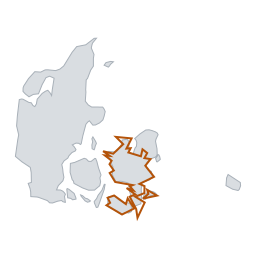 Sjaælland on a map of Denmark (orthographic projection)
{"feature_id": "DNK-3420", "entity_name": "Sjaælland", "entity_type": "Region", "adm_level": 1, "iso_a3": "DNK", "parent_name": "Denmark", "parent_adm1": "", "projection": "orthographic", "projection_center": [11.743, 55.283], "detail": "coarse", "context": "in_parent", "style": "outline", "palette": "amber", "viewbox_px": 256, "rotation_deg": 0, "n_neighbors": 0, "source": "natural_earth", "source_scale": "10m", "svg_char_len": 4146}
<svg xmlns="http://www.w3.org/2000/svg" viewBox="0 0 256 256"><path d="M65.4,202.3L65.0,202.3L62.9,201.7L61.5,200.5L57.6,201.2L52.5,203.0L49.6,202.8L47.4,200.6L38.4,197.3L36.9,197.0L30.8,196.6L30.7,192.0L30.1,188.6L28.2,183.4L31.4,182.4L31.2,172.6L30.3,167.4L21.9,161.8L15.4,156.4L17.8,139.5L18.7,134.9L16.6,125.9L17.4,115.7L19.3,99.6L21.5,99.0L23.0,99.2L28.8,102.4L31.3,102.8L32.9,105.5L34.8,106.6L36.4,103.9L37.2,99.2L42.2,93.4L45.5,91.2L47.8,90.3L50.0,92.8L51.6,95.6L52.3,89.6L54.1,78.2L49.7,76.2L46.0,77.6L42.1,84.7L38.5,93.8L33.3,94.4L29.0,96.8L25.3,93.9L23.0,91.4L23.1,87.9L23.8,85.9L28.5,78.6L34.8,71.7L40.7,72.1L45.1,69.9L47.7,69.8L55.7,70.6L59.9,69.1L63.7,66.0L72.1,52.3L76.7,46.6L85.8,44.8L94.2,38.3L96.5,38.2L92.5,43.1L91.9,45.1L91.3,48.0L94.0,54.5L93.4,58.4L93.4,66.1L90.7,70.1L87.5,78.5L86.2,79.8L85.7,89.7L85.9,92.1L85.3,101.2L88.3,105.0L91.6,107.0L102.7,107.1L103.9,108.7L105.2,111.5L104.1,116.3L102.9,119.9L99.6,122.9L95.4,125.0L92.8,125.1L89.4,120.8L87.7,122.1L85.9,124.3L82.8,135.9L81.2,143.8L80.4,144.5L78.8,143.3L76.0,143.1L72.3,144.9L74.1,146.6L76.0,149.6L75.2,151.0L72.0,152.5L69.0,155.7L67.8,158.1L64.1,160.8L61.8,164.4L62.7,168.9L63.1,172.9L63.9,177.3L62.9,180.8L58.3,185.6L56.5,189.9L60.4,190.0L62.7,191.1L64.1,192.4L65.4,194.2L64.5,196.5L65.4,202.3ZM157.0,148.8L157.2,154.4L156.4,156.1L155.2,157.2L152.0,158.4L149.2,160.0L146.8,162.9L145.9,166.9L147.9,169.9L151.4,171.4L152.4,177.1L149.5,179.9L142.0,182.7L141.2,189.4L141.5,194.7L141.4,198.5L140.8,203.8L134.6,206.2L130.7,198.2L130.7,194.9L129.5,191.2L129.3,187.9L127.9,182.8L122.1,181.4L119.9,181.2L116.8,182.1L116.0,181.8L112.3,174.7L113.0,166.9L111.1,163.0L110.8,161.2L110.9,159.3L109.3,157.6L107.3,156.8L106.4,152.4L108.7,151.4L114.2,151.9L115.9,151.6L117.4,150.7L121.9,143.6L121.8,142.0L122.2,140.0L127.1,139.2L129.3,142.0L128.8,146.4L129.1,152.1L132.0,153.7L133.2,153.9L134.4,149.7L135.3,147.6L136.4,146.5L136.8,142.7L136.1,140.3L134.7,138.6L140.1,133.8L145.8,130.0L149.1,129.8L152.4,130.7L155.5,131.9L157.2,133.0L158.1,134.7L156.1,138.9L155.5,141.2L157.0,148.8ZM95.7,158.6L96.9,161.6L98.5,167.9L101.0,175.0L99.9,177.9L100.6,181.7L99.8,185.6L94.5,190.1L88.6,190.2L82.5,187.9L74.0,183.4L73.4,181.0L72.2,179.7L70.1,172.3L70.4,163.4L74.7,162.4L84.2,158.3L86.3,159.0L88.5,161.3L91.1,161.4L94.9,158.4L95.7,158.6ZM118.3,199.5L124.1,203.0L128.0,202.8L130.6,204.3L131.3,206.5L131.5,211.5L128.7,213.0L125.6,212.5L121.4,214.4L107.7,206.1L107.9,199.3L108.5,196.6L115.0,196.0L118.3,199.5ZM239.2,189.5L238.1,190.5L232.6,189.2L226.0,185.6L226.6,177.9L228.1,174.5L240.3,182.5L240.6,185.8L239.2,189.5ZM97.8,207.2L96.3,207.5L94.4,202.9L94.2,201.5L96.6,198.6L98.1,195.3L102.0,190.2L104.3,184.3L105.1,184.4L104.1,189.7L98.9,204.5L97.8,207.2ZM76.0,199.1L72.6,199.8L70.9,198.4L67.7,197.8L66.8,189.1L67.2,188.6L68.8,189.2L74.1,193.4L75.9,197.9L76.0,199.1ZM156.9,195.2L155.7,196.0L150.7,195.4L145.1,199.4L143.0,198.2L143.8,195.7L144.4,194.8L146.2,193.7L147.5,192.1L148.0,189.7L149.1,191.0L152.6,191.5L154.3,192.3L155.8,193.4L156.9,195.2ZM94.6,148.8L94.1,149.8L92.1,148.7L91.9,145.0L92.7,141.7L91.9,138.8L92.9,136.9L95.6,141.4L96.4,143.4L95.3,145.9L94.6,148.8ZM109.6,65.8L108.3,67.1L104.1,65.2L106.0,62.6L110.7,61.4L113.4,61.8L110.4,64.4L109.6,65.8ZM89.7,201.6L87.5,202.2L85.1,200.9L81.1,196.2L80.6,194.9L82.7,195.8L85.3,198.2L87.5,198.8L90.4,200.9L89.7,201.6ZM160.3,159.4L157.3,161.9L156.6,161.7L155.6,158.4L157.2,156.4L158.1,154.7L158.7,154.7L159.7,156.6L160.3,159.4Z" fill="#d9dde1" stroke="#a8b0b8" stroke-width="1"/><path d="M150.5,159.1L145.3,165.7L154.0,176.8L139.5,183.9L144.5,186.1L144.4,193.1L135.3,196.7L144.7,202.5L137.5,217.8L136.2,209.1L129.7,196.7L135.3,194.4L126.6,188.1L133.5,190.5L129.9,186.3L132.8,185.1L115.2,182.0L109.7,173.0L113.8,170.5L109.5,164.2L111.6,160.7L104.8,155.4L109.8,155.9L103.1,151.2L113.2,153.7L123.2,144.2L115.9,136.9L131.6,138.4L126.4,148.6L130.6,148.2L128.4,152.5L140.9,156.3L142.5,149.3L147.2,153.0L144.4,158.1L150.5,159.1ZM134.1,208.5L122.0,214.5L106.5,205.3L110.1,202.8L107.6,197.8L114.1,195.5L125.9,204.1L127.7,198.3L134.1,208.5ZM147.2,189.9L157.0,195.6L142.9,198.6L148.4,193.9L147.2,189.9Z" fill="none" stroke="#b45309" stroke-width="2"/></svg>